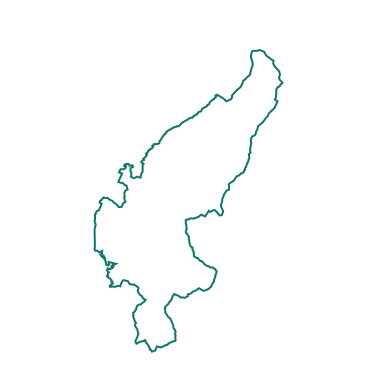 the district of Albesti, Mures, Romania, rotated 215°
{"feature_id": "2599482B11453022019549", "entity_name": "Albesti", "entity_type": "district", "adm_level": 2, "iso_a3": "ROU", "parent_name": "Romania", "parent_adm1": "Mures", "projection": "albers", "projection_center": [24.86, 46.242], "detail": "fine", "context": "isolated", "style": "outline", "palette": "teal", "viewbox_px": 384, "rotation_deg": 215, "n_neighbors": 0, "source": "geoboundaries", "source_scale": "gbopen_adm2", "svg_char_len": 6009}
<svg xmlns="http://www.w3.org/2000/svg" viewBox="0 0 384 384"><g transform="rotate(215 192 192)"><path d="M180.6,333.4L184.6,334.4L185.7,335.0L186.7,336.3L187.1,338.4L189.6,340.7L191.1,341.3L195.2,342.0L198.7,343.5L199.5,344.2L200.4,346.3L202.4,346.1L209.8,346.4L212.9,348.1L213.9,348.1L217.9,347.2L219.8,344.9L220.9,343.9L222.0,343.5L223.4,341.9L223.1,340.1L220.9,335.9L217.1,333.3L215.0,330.7L214.4,328.0L212.1,321.9L211.7,321.7L212.2,319.0L212.8,317.8L213.0,314.6L214.0,312.7L213.0,309.8L212.4,305.5L213.5,302.2L214.6,294.3L214.4,293.5L213.3,292.2L213.2,290.5L214.8,287.6L216.0,286.0L219.8,286.6L226.4,286.2L227.2,286.1L227.2,285.3L228.2,284.6L227.7,284.0L227.0,284.1L226.8,283.2L227.2,282.2L227.3,280.6L227.9,280.4L228.9,275.5L228.3,273.8L229.3,272.3L229.0,271.6L229.1,270.4L231.3,266.4L230.9,263.2L232.6,261.1L232.3,258.4L233.2,257.6L233.6,255.9L234.4,255.1L234.1,253.4L235.3,252.4L236.7,250.5L236.7,249.1L237.4,248.4L239.3,244.3L239.7,243.9L239.5,243.3L240.2,241.9L240.2,239.9L240.9,237.8L242.1,237.3L242.5,236.0L243.8,235.1L244.0,234.0L244.8,232.9L245.2,231.4L246.1,230.3L246.2,229.5L246.8,228.9L247.0,227.3L247.7,226.1L247.0,224.8L247.9,222.6L247.6,221.5L247.8,219.5L247.4,216.1L247.8,215.3L247.0,214.1L246.8,213.1L248.3,210.9L249.1,210.7L250.8,209.0L250.6,208.3L250.2,207.9L250.9,207.1L249.9,206.6L250.0,205.9L249.7,205.1L251.0,203.0L250.6,202.6L251.6,200.7L251.2,200.4L251.1,199.5L251.7,197.7L251.6,197.1L251.1,196.7L250.5,196.9L250.5,196.3L250.0,195.6L250.6,192.8L250.4,192.1L250.9,191.3L249.8,190.6L250.6,189.3L250.8,187.6L250.5,187.2L249.5,187.4L248.5,186.8L248.2,187.3L247.8,187.3L248.0,185.9L244.1,180.3L244.0,178.3L243.5,176.2L242.4,174.4L243.5,173.6L245.6,173.3L247.4,170.0L250.6,169.4L251.1,169.8L251.4,171.2L251.9,171.9L253.4,173.4L254.7,174.0L255.5,175.3L255.8,176.5L254.8,178.7L255.6,179.5L256.2,179.6L258.3,177.6L259.4,178.4L260.6,178.4L262.8,176.1L262.7,174.5L261.8,174.6L261.2,175.5L260.7,175.4L260.2,173.2L261.2,171.4L263.6,169.6L263.1,166.2L259.8,167.0L258.5,159.7L257.9,157.9L255.3,158.8L254.4,159.6L250.4,159.2L249.2,159.7L248.4,158.8L246.2,157.1L246.9,156.2L247.3,154.6L246.9,152.5L244.5,149.5L244.2,148.3L240.9,145.7L242.0,143.3L241.0,139.9L241.7,138.8L243.5,137.6L247.7,138.7L250.0,138.5L252.1,139.1L255.4,138.4L257.7,138.8L259.5,137.3L260.5,137.2L261.4,136.6L261.2,135.9L261.6,134.8L261.6,133.3L262.3,131.8L261.5,130.3L259.4,130.6L258.4,127.3L258.4,126.1L257.7,123.7L258.9,121.8L258.9,120.1L258.2,118.4L258.7,117.9L256.8,115.6L254.7,111.9L252.3,110.2L250.3,105.4L240.9,92.5L239.1,89.5L238.2,88.6L237.1,88.5L235.7,89.8L233.7,89.1L232.8,90.1L231.8,92.2L230.2,89.6L231.2,88.2L228.3,87.2L228.0,87.8L228.2,89.0L227.9,89.2L225.9,88.2L227.1,87.7L227.2,87.4L225.6,87.2L224.9,86.5L224.2,86.6L222.9,85.8L222.7,85.1L221.4,84.4L221.2,83.5L220.4,83.3L218.5,83.8L218.3,84.6L218.4,85.3L219.1,85.5L220.2,86.9L213.2,89.5L214.0,88.2L214.1,87.5L215.2,86.7L215.2,85.7L215.5,85.0L215.0,84.6L213.5,85.3L213.6,83.9L215.0,81.6L215.6,81.7L217.3,81.1L216.9,80.2L217.0,79.6L215.7,78.5L214.1,78.5L214.4,77.6L214.0,77.2L213.4,75.8L213.7,74.7L213.6,74.4L212.5,74.1L211.9,74.6L211.0,73.8L209.8,74.1L207.3,73.6L205.3,72.4L206.4,72.3L204.9,71.0L204.8,70.2L205.6,68.1L204.8,67.3L202.3,69.4L201.1,69.8L198.1,73.2L196.7,73.6L197.9,78.2L197.7,80.2L197.3,80.7L193.3,82.2L190.2,80.8L187.7,81.9L187.0,82.7L183.6,83.1L181.0,82.9L180.5,82.3L179.9,80.0L177.5,78.5L176.5,78.4L175.3,77.7L173.3,78.1L171.0,76.7L168.1,77.0L168.3,74.5L169.1,72.4L169.3,70.8L170.6,69.6L171.6,67.7L171.4,65.6L170.3,63.7L170.6,62.7L170.3,61.5L170.5,61.0L170.5,60.1L171.0,59.3L170.1,58.1L169.3,57.7L169.3,56.9L168.2,55.9L164.0,52.9L162.7,52.6L162.6,50.5L161.9,49.7L157.8,47.9L154.3,44.8L154.1,43.0L153.5,41.9L153.3,39.5L152.6,37.0L150.5,35.9L148.9,39.3L147.5,40.5L147.1,41.3L146.6,41.6L146.4,42.3L145.5,42.7L145.7,43.5L145.3,43.8L142.5,42.1L141.4,41.9L137.9,40.4L136.1,38.8L135.1,39.2L133.2,38.3L131.9,40.4L131.2,40.9L132.2,45.4L128.9,46.4L127.2,48.4L126.0,51.2L124.6,52.4L124.5,53.4L123.6,56.0L121.5,59.1L120.4,60.2L120.4,61.1L122.6,63.7L123.0,64.9L124.6,66.0L125.0,67.7L126.6,69.2L129.0,69.9L131.0,72.1L137.2,75.9L140.2,76.0L141.4,76.8L144.5,77.8L148.1,82.0L147.2,87.2L147.5,88.6L147.0,90.4L147.4,93.5L148.2,95.6L147.8,96.9L148.1,98.2L143.5,99.2L140.9,99.0L139.6,100.1L137.2,101.2L135.7,104.1L136.5,105.3L136.6,106.0L135.7,106.7L134.6,108.8L134.0,111.2L132.4,113.4L131.2,117.1L126.1,117.5L125.1,118.4L122.9,122.0L122.0,125.4L122.6,128.0L122.7,131.3L123.7,132.9L124.0,135.2L124.4,136.3L125.1,136.9L125.4,138.8L126.1,140.8L128.8,142.2L130.0,141.9L131.9,142.1L133.7,140.6L135.8,140.8L137.4,140.0L140.6,140.0L143.9,141.1L144.6,140.6L146.5,140.3L149.4,141.2L150.7,140.6L153.2,140.4L155.9,143.2L156.1,143.8L159.0,145.4L159.6,146.8L162.1,146.7L163.7,147.9L167.7,151.8L168.6,153.5L171.5,154.5L172.0,155.1L173.5,155.1L174.8,156.6L175.0,158.7L176.8,160.4L177.9,162.0L179.1,162.8L181.1,165.5L180.7,166.3L179.8,166.8L179.0,167.7L178.9,168.6L178.2,169.0L177.9,169.8L175.4,171.1L175.0,172.0L173.5,173.6L173.3,174.3L172.5,175.3L171.5,178.7L167.2,179.5L167.4,186.2L166.5,185.9L165.6,186.2L163.8,189.7L162.6,190.3L156.2,188.7L155.1,189.2L154.4,190.3L155.3,194.0L160.3,197.1L161.5,199.7L162.1,202.0L163.4,204.1L163.5,206.4L164.3,207.5L164.5,213.1L163.1,214.7L163.0,215.2L164.3,216.9L164.4,217.5L166.2,219.3L166.2,220.2L166.0,221.3L165.0,223.3L164.9,224.1L164.2,225.3L164.2,227.1L164.5,228.3L164.3,230.4L164.0,231.1L163.2,232.0L162.5,234.3L162.7,235.0L161.5,236.3L161.5,237.1L161.0,237.7L161.5,238.9L161.3,239.5L161.6,240.2L161.3,240.8L162.0,241.3L162.4,242.7L162.1,243.5L162.9,246.1L163.3,246.7L163.2,248.1L163.9,250.6L164.4,251.3L164.4,252.6L167.2,255.7L166.7,257.1L166.8,258.2L168.6,259.6L171.7,266.5L172.4,266.8L173.9,268.6L174.0,269.7L174.5,270.5L174.5,272.0L173.1,274.6L173.1,275.8L174.2,278.6L174.3,280.3L175.6,283.8L173.9,290.2L174.0,293.6L173.5,297.8L174.0,299.2L174.1,300.6L172.6,308.2L174.0,315.4L177.1,315.2L177.7,318.2L181.6,324.1L182.0,326.9L180.8,328.9L181.1,330.6L180.7,331.9L180.6,333.4Z" fill="none" stroke="#0f766e" stroke-width="2"/></g></svg>